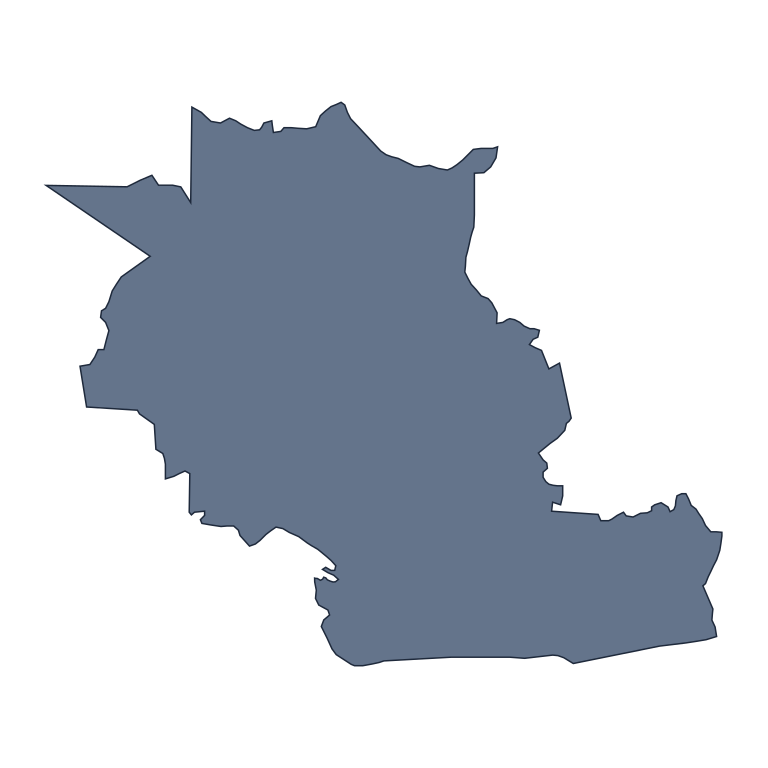 Petaling, Selangor, Malaysia
{"feature_id": "92858781B60376413639078", "entity_name": "Petaling", "entity_type": "district", "adm_level": 2, "iso_a3": "MYS", "parent_name": "Malaysia", "parent_adm1": "Selangor", "projection": "albers", "projection_center": [101.591, 3.103], "detail": "fine", "context": "isolated", "style": "filled", "palette": "slate", "viewbox_px": 768, "rotation_deg": 0, "n_neighbors": 0, "source": "geoboundaries", "source_scale": "gbopen_adm2", "svg_char_len": 3425}
<svg xmlns="http://www.w3.org/2000/svg" viewBox="0 0 768 768"><path d="M46.1,185.4L150.2,256.3L121.3,276.9L116.3,284.4L112.2,291.0L108.9,301.7L105.6,308.3L101.5,310.8L100.6,317.4L105.6,322.4L108.9,330.6L106.4,339.7L103.9,349.6L98.2,349.6L94.8,357.1L89.9,364.5L80.0,366.2L86.6,407.0L137.4,410.2L139.5,413.9L154.3,424.4L155.9,449.3L162.8,453.5L164.4,458.3L165.4,464.1L165.4,478.9L173.9,476.3L179.2,473.6L185.0,471.0L189.8,473.6L189.2,512.2L191.4,514.9L194.5,512.2L204.6,511.2L204.6,515.4L200.4,519.7L201.9,523.4L210.4,524.9L221.0,526.5L226.8,526.0L233.7,526.0L238.4,530.2L240.0,535.5L249.5,546.1L255.4,544.0L260.1,540.3L265.9,534.5L270.7,530.8L276.0,527.1L282.9,528.6L289.2,532.4L298.7,536.6L307.2,542.9L311.4,545.6L317.8,549.3L326.2,556.2L331.0,560.4L335.8,565.7L334.7,570.4L331.0,570.4L325.7,567.3L322.5,569.4L327.8,572.6L333.7,575.2L338.4,579.4L335.4,581.8L333.0,582.0L330.2,581.1L327.3,579.8L325.8,577.9L323.7,577.2L322.6,579.2L320.4,580.3L317.4,578.5L315.2,578.3L314.6,578.1L314.7,581.9L316.3,590.2L315.5,598.4L318.8,605.1L327.9,610.0L329.6,615.0L323.8,619.9L321.3,626.5L327.1,638.1L332.0,648.9L336.2,654.6L350.2,663.7L351.1,664.3L354.5,665.7L359.2,665.7L362.9,665.7L372.1,664.0L379.1,662.5L383.9,660.9L451.1,657.2L462.2,657.2L471.7,657.2L481.8,657.2L490.2,657.2L501.3,657.2L509.8,657.2L524.6,658.3L552.7,655.1L557.9,655.6L563.8,657.7L573.3,663.5L659.5,646.1L686.0,642.9L696.5,641.3L706.1,639.7L716.6,636.5L715.1,627.0L711.9,620.1L712.4,613.8L712.9,609.0L702.9,585.8L705.5,583.6L708.2,576.8L710.8,571.5L713.5,565.7L716.6,559.8L718.2,555.1L719.8,550.3L720.9,543.4L721.9,536.0L721.9,533.9L721.9,532.3L716.1,531.8L710.8,531.8L705.5,525.5L702.3,518.6L698.6,513.3L696.0,509.1L691.2,505.4L688.6,499.0L685.9,493.7L681.7,493.7L677.0,495.8L675.9,500.6L675.4,505.9L673.8,509.6L670.1,511.7L668.0,507.0L661.1,502.7L654.7,504.8L651.6,507.0L651.6,510.7L647.3,512.8L640.5,513.3L633.1,517.0L626.2,515.9L623.5,512.2L617.2,515.4L611.9,519.1L608.7,520.7L600.8,520.7L598.1,514.4L551.6,511.2L552.6,502.2L560.6,504.8L562.7,495.9L562.7,490.6L562.7,485.8L557.4,485.8L553.2,485.3L548.9,484.2L545.8,481.6L543.1,477.3L543.1,472.1L547.4,468.3L546.8,463.1L543.1,459.9L538.4,453.0L550.0,443.5L557.4,438.2L564.8,430.3L566.4,423.4L569.0,421.3L571.2,418.1L559.5,363.1L548.9,368.9L541.5,350.4L535.2,347.7L529.4,344.6L533.1,339.3L537.8,337.2L539.4,330.3L534.1,328.7L529.9,328.7L524.1,326.1L519.8,322.4L514.6,319.7L509.8,318.7L507.1,319.7L502.9,322.4L496.6,323.4L497.1,312.8L491.8,302.8L488.1,298.6L481.2,295.9L476.5,290.1L471.2,284.3L468.0,278.5L464.8,272.1L465.4,266.3L465.9,257.3L467.5,251.5L469.1,244.6L470.7,237.2L472.2,231.9L473.8,227.2L474.4,215.0L474.4,199.1L474.4,173.2L483.9,172.7L490.7,166.9L496.0,157.9L497.6,146.8L492.9,148.4L481.2,148.4L473.3,149.4L468.5,154.2L462.7,160.0L456.9,164.7L452.1,167.9L447.4,170.0L438.4,168.5L429.4,165.3L419.9,166.9L414.6,166.3L406.7,162.6L398.2,158.4L391.8,156.8L386.0,154.7L380.7,151.0L359.1,127.7L350.6,118.7L347.4,112.4L344.8,105.0L341.1,102.3L336.3,104.5L331.0,106.6L325.7,110.8L320.4,115.6L315.7,126.7L306.7,128.8L298.2,128.3L291.4,127.7L284.0,127.7L280.8,131.4L273.4,132.5L272.3,125.1L271.8,120.8L263.9,123.0L261.7,127.2L259.6,129.8L254.3,130.4L247.5,127.7L240.6,124.0L235.8,120.8L229.5,118.2L220.5,123.0L211.0,121.4L205.2,116.1L201.4,112.4L191.9,107.1L190.7,202.6L180.8,186.9L172.6,185.2L158.5,185.2L151.9,175.3L140.3,180.2L127.1,186.8L46.1,185.4Z" fill="#64748b" stroke="#1e293b" stroke-width="1.5"/></svg>